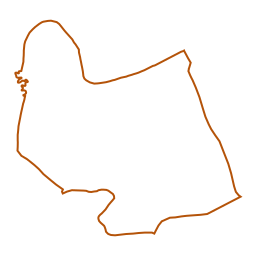 Keo Oudom, Vientiane, Laos (orthographic projection)
{"feature_id": "54806243B75308999712701", "entity_name": "Keo Oudom", "entity_type": "district", "adm_level": 2, "iso_a3": "LAO", "parent_name": "Laos", "parent_adm1": "Vientiane", "projection": "orthographic", "projection_center": [102.503, 18.574], "detail": "fine", "context": "isolated", "style": "outline", "palette": "amber", "viewbox_px": 256, "rotation_deg": 0, "n_neighbors": 0, "source": "geoboundaries", "source_scale": "gbopen_adm2", "svg_char_len": 3357}
<svg xmlns="http://www.w3.org/2000/svg" viewBox="0 0 256 256"><path d="M184.0,50.6L183.6,50.9L183.4,51.0L182.8,51.2L181.0,51.8L157.2,64.2L155.3,65.2L154.2,65.6L152.9,65.9L150.5,67.1L144.4,70.2L141.6,71.3L138.4,72.7L136.3,73.4L133.5,74.2L132.4,74.6L131.8,74.8L128.3,75.8L126.3,76.6L121.0,77.7L118.1,78.7L114.7,79.9L112.7,80.3L109.9,81.2L106.0,82.2L99.4,83.2L97.7,83.4L94.2,83.6L89.9,82.4L86.2,80.3L84.4,78.6L83.4,76.2L83.1,73.5L82.8,71.1L82.2,67.9L81.9,66.4L81.6,65.1L81.0,61.9L80.4,59.1L80.1,57.2L79.7,55.5L79.0,52.6L78.9,51.0L78.9,50.6L78.8,49.4L78.2,48.5L75.5,44.3L74.0,42.5L72.3,39.4L70.5,37.4L66.1,32.5L64.3,30.4L61.4,26.7L59.2,24.0L56.7,22.1L51.0,20.7L48.0,20.9L43.4,21.7L41.8,22.3L39.1,24.0L35.3,26.9L32.7,29.3L29.6,32.6L27.9,35.7L26.8,38.0L25.2,41.3L24.4,44.4L23.8,50.6L23.8,50.9L23.8,51.0L23.8,52.5L23.7,55.9L23.5,58.3L23.4,61.8L21.3,71.0L21.0,71.1L20.8,71.1L20.1,71.2L19.7,71.2L19.2,71.2L19.0,71.4L18.8,71.8L18.7,72.2L18.8,72.7L18.8,73.2L18.6,73.3L18.4,73.4L17.9,73.3L17.4,73.0L17.0,72.7L16.4,72.7L15.8,72.7L15.5,72.8L15.4,73.1L15.4,73.7L15.9,74.9L16.2,75.6L16.2,75.9L16.3,76.5L16.4,76.8L16.6,77.2L17.1,77.5L17.6,77.7L18.2,77.8L18.9,77.7L19.5,77.7L20.1,77.6L20.8,77.6L21.3,77.6L21.5,77.8L21.5,78.0L21.3,78.3L21.0,78.5L20.1,78.8L19.4,79.3L19.0,79.6L18.7,80.0L18.3,80.6L18.0,81.2L17.9,81.7L17.9,82.1L18.0,82.5L18.5,82.7L19.0,82.7L19.5,82.5L19.9,82.4L20.8,81.8L21.8,81.1L22.4,80.7L22.8,80.6L23.2,80.7L23.6,80.8L24.1,81.0L24.3,81.1L24.5,81.1L24.8,80.9L25.1,80.3L25.4,80.0L25.6,79.8L26.0,79.8L26.3,79.8L26.6,80.0L27.4,81.0L27.7,81.3L27.8,81.6L27.7,81.9L27.5,82.0L27.2,82.1L26.5,82.2L26.1,82.3L25.8,82.5L25.6,82.8L25.4,83.5L25.4,84.1L25.5,85.4L25.2,85.8L24.9,85.9L24.4,85.9L23.1,85.5L22.3,85.3L22.0,85.4L21.7,85.7L21.6,86.1L21.7,86.5L22.0,86.9L22.5,87.3L22.8,87.5L22.9,87.8L22.9,88.2L22.7,88.9L22.3,89.3L21.9,89.6L21.7,90.0L21.7,90.3L21.9,90.5L22.4,90.5L23.3,90.4L24.4,90.4L24.9,90.6L25.6,91.0L25.9,91.6L26.1,92.6L25.9,93.4L25.3,94.0L24.6,94.5L23.8,94.9L23.4,95.1L23.4,95.4L23.5,95.6L24.1,95.9L25.1,96.0L25.0,96.8L24.7,97.7L24.5,99.0L24.1,100.6L23.6,102.3L23.2,103.4L22.1,108.4L21.2,112.4L20.7,114.8L20.1,118.1L19.3,122.1L18.5,126.3L18.3,129.0L18.0,132.3L17.7,134.8L17.7,137.4L17.7,140.4L17.8,142.3L17.7,147.0L17.5,150.7L21.4,155.8L27.1,159.2L34.1,164.8L38.9,169.1L43.5,174.2L50.7,180.2L56.1,184.6L62.9,189.4L62.0,191.7L62.8,193.5L67.0,191.6L71.9,190.2L77.5,190.4L83.6,190.6L86.2,190.8L88.7,191.8L91.3,192.0L94.1,191.5L96.9,191.2L98.6,190.2L101.3,189.7L103.8,189.7L106.4,189.9L108.4,190.7L110.8,192.5L112.9,194.0L114.0,196.0L114.2,198.3L112.4,200.5L110.7,202.4L108.6,204.9L105.6,209.4L101.7,213.5L100.2,214.7L98.9,216.2L98.4,217.3L98.4,218.8L99.1,221.0L100.6,222.7L103.0,224.8L104.1,225.8L104.7,227.0L105.2,228.4L105.6,229.7L106.0,231.7L108.0,233.8L109.1,234.3L111.0,235.0L115.1,235.3L126.2,234.0L133.2,233.6L138.7,233.0L144.8,232.6L152.0,232.6L154.3,233.6L155.7,230.8L158.5,225.5L161.8,221.3L169.9,217.7L175.3,217.4L181.5,216.4L186.7,215.8L192.2,215.4L200.6,214.8L207.2,214.0L240.6,196.7L238.7,195.3L235.9,191.9L235.2,189.8L234.1,186.3L231.1,173.3L228.3,163.8L223.9,152.6L219.5,141.3L215.1,135.1L211.2,129.2L208.8,124.5L205.4,116.7L202.8,108.3L199.4,97.0L195.8,87.6L192.6,80.2L191.6,78.3L190.2,75.4L188.4,71.1L188.8,69.5L188.7,69.1L189.2,67.7L190.7,62.7L188.1,58.3L184.2,51.0L184.1,50.9L184.0,50.6Z" fill="none" stroke="#b45309" stroke-width="2"/></svg>